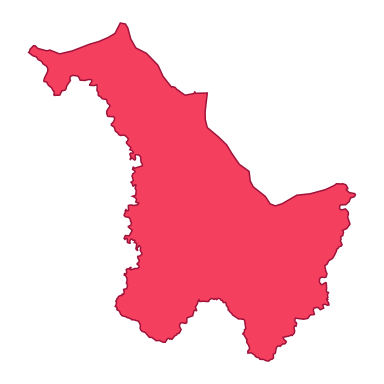 Kenieba, Kayes, Mali
{"feature_id": "8926073B58532098111230", "entity_name": "Kenieba", "entity_type": "district", "adm_level": 2, "iso_a3": "MLI", "parent_name": "Mali", "parent_adm1": "Kayes", "projection": "albers", "projection_center": [-11.114, 12.792], "detail": "fine", "context": "isolated", "style": "filled", "palette": "rose", "viewbox_px": 384, "rotation_deg": 0, "n_neighbors": 0, "source": "geoboundaries", "source_scale": "gbopen_adm2", "svg_char_len": 5989}
<svg xmlns="http://www.w3.org/2000/svg" viewBox="0 0 384 384"><path d="M120.3,23.0L115.0,33.4L108.1,37.5L98.6,41.6L89.6,44.2L72.0,51.0L59.6,53.9L49.7,50.0L47.9,50.7L46.2,50.7L38.5,48.6L37.4,48.1L35.2,45.8L33.5,45.7L30.2,49.1L29.3,51.8L28.6,52.4L32.6,55.6L36.5,57.0L38.2,59.6L41.6,61.4L43.0,63.8L46.4,66.1L47.1,67.1L47.9,69.0L47.6,71.6L44.4,78.3L43.8,80.7L44.0,81.5L46.6,82.1L48.4,85.3L51.6,87.8L53.1,90.7L54.3,91.8L53.9,94.8L54.3,95.4L59.8,95.1L61.9,90.8L65.0,90.2L66.0,89.0L66.7,85.9L70.4,80.6L69.9,78.3L70.5,76.3L73.1,75.4L77.6,76.0L78.8,77.2L80.2,80.2L84.9,80.5L88.4,79.5L91.5,79.7L91.9,81.2L89.6,84.8L89.7,85.3L94.0,85.6L96.9,84.8L97.2,87.3L96.9,89.9L97.3,91.3L98.4,92.5L98.1,94.9L98.5,95.7L100.2,96.4L102.3,98.8L106.4,99.5L107.6,103.3L109.9,105.3L110.0,106.0L107.0,110.5L106.7,111.8L106.7,113.2L107.5,116.0L108.4,116.5L113.7,116.7L114.6,118.2L114.3,120.2L113.2,122.2L111.4,124.0L111.3,125.3L114.2,127.1L115.4,131.2L117.7,132.9L119.0,134.8L120.7,135.5L122.5,135.1L125.1,135.5L128.3,138.6L127.7,140.7L126.4,142.0L126.6,143.3L129.6,146.5L130.7,147.1L130.8,147.9L129.8,149.7L132.3,150.7L133.3,152.3L132.9,153.2L130.7,153.0L130.0,153.6L129.9,154.6L131.0,156.9L130.1,159.2L130.4,159.5L131.2,158.5L132.3,158.2L134.4,160.0L135.2,159.8L135.6,158.6L135.0,155.7L135.7,154.7L138.2,154.8L140.0,156.0L140.7,157.1L141.0,161.9L142.4,164.1L142.3,165.8L134.3,168.3L133.7,167.2L133.1,167.2L132.6,169.5L135.0,170.8L135.1,171.4L134.4,172.8L132.9,173.7L132.0,176.1L133.4,180.6L131.0,182.2L132.2,183.5L132.8,185.9L133.6,186.1L135.1,184.6L136.0,185.2L135.1,188.5L136.2,190.3L135.7,195.2L132.5,196.3L134.5,197.1L135.9,198.3L136.6,199.7L135.7,201.9L136.2,202.5L138.7,203.0L137.8,204.7L134.0,205.5L131.5,205.0L128.9,205.2L128.3,205.7L128.5,210.3L127.0,210.9L126.0,209.6L125.3,210.5L125.3,212.5L124.2,214.5L124.2,215.6L125.6,216.9L128.6,217.2L130.5,219.6L130.5,221.3L131.4,222.4L131.0,224.8L130.5,225.4L128.3,226.4L128.3,227.0L132.2,230.3L129.4,235.5L129.0,235.8L125.4,235.5L124.1,238.4L124.8,239.4L126.1,238.5L127.2,238.8L127.4,242.5L129.6,243.3L130.1,243.1L129.8,240.9L130.9,239.2L132.0,239.1L132.8,240.1L134.9,240.4L134.3,242.6L135.9,242.9L136.7,244.0L135.9,248.9L137.2,250.4L137.6,250.2L137.1,248.2L137.4,247.5L138.0,247.3L138.6,245.9L139.4,245.7L140.7,247.4L140.2,250.2L141.6,252.8L141.9,254.3L139.9,255.9L137.7,256.4L137.9,258.2L139.2,260.1L138.9,262.1L137.1,263.6L137.2,264.4L138.7,265.3L139.1,266.7L138.8,267.4L137.4,268.5L134.9,268.5L131.0,269.8L130.3,269.3L131.0,267.5L130.3,267.4L128.9,268.8L127.1,268.9L126.2,269.6L126.7,272.3L126.3,273.8L125.6,274.3L124.9,273.5L124.5,273.6L124.2,275.0L125.6,275.7L126.8,277.9L127.1,280.0L126.4,283.3L127.5,284.6L127.2,287.3L126.5,288.7L123.6,289.4L124.2,292.5L123.6,294.2L122.3,294.1L122.0,295.5L120.6,295.4L118.4,296.6L117.8,298.2L117.0,298.5L117.1,299.5L115.8,301.1L116.5,302.6L116.1,304.8L115.2,306.3L117.0,307.7L116.9,309.7L119.4,311.1L120.7,314.3L122.2,315.8L126.1,316.8L127.3,317.7L128.0,317.6L131.1,319.0L131.9,319.9L133.0,319.6L138.5,321.2L140.4,325.1L140.1,328.3L140.7,329.9L142.2,331.4L145.3,332.5L149.3,337.3L152.0,337.5L156.1,340.7L159.5,340.5L162.9,342.2L165.2,342.3L167.4,338.8L168.7,338.2L169.7,339.2L170.6,338.7L171.5,339.3L172.2,339.1L174.7,335.9L176.7,334.9L177.3,333.6L178.9,333.4L179.9,332.1L181.1,329.5L179.8,327.2L179.5,325.4L180.3,323.4L181.4,322.7L185.8,323.4L186.8,322.5L186.8,318.7L187.4,317.7L192.7,315.8L193.9,310.8L194.8,310.2L196.4,310.7L196.6,310.1L195.4,307.2L197.3,303.9L198.3,300.3L199.0,299.8L199.2,301.1L200.1,301.6L202.5,301.2L208.0,301.6L208.7,301.3L209.3,299.9L211.4,298.5L214.5,299.4L215.5,298.6L216.8,299.6L217.8,298.5L218.9,298.4L220.4,299.1L221.0,300.2L222.4,300.4L222.7,301.8L223.4,302.3L223.9,302.7L225.4,302.3L225.9,302.8L226.4,305.4L228.3,308.1L228.1,309.8L228.8,310.0L229.5,311.5L232.2,314.0L232.3,314.8L238.8,319.1L240.0,318.6L241.6,319.3L243.4,319.2L244.6,320.3L245.8,328.9L244.5,329.6L244.3,332.4L243.3,332.9L242.8,334.0L244.1,335.0L246.2,338.7L247.2,339.5L246.7,340.6L246.8,342.5L248.6,345.2L249.6,348.2L249.5,348.9L247.8,351.1L247.9,353.1L251.3,352.8L255.1,355.4L255.2,356.3L256.9,357.4L258.7,357.6L259.9,359.2L261.6,359.5L262.9,359.2L266.6,360.9L268.9,361.0L270.4,359.6L272.5,359.0L273.5,357.9L273.3,354.4L275.4,353.0L276.0,349.0L277.0,346.6L278.7,345.8L280.1,346.4L282.6,343.9L284.7,343.9L285.6,343.1L286.3,341.8L286.0,341.1L284.5,340.1L283.4,338.5L283.2,337.3L289.5,335.9L291.4,335.0L292.2,335.5L294.3,333.0L294.7,331.0L293.9,327.5L294.7,325.9L296.0,326.2L296.6,323.9L296.4,322.6L295.3,322.2L295.0,321.6L294.9,319.5L295.5,318.2L303.7,319.2L307.8,318.4L309.6,315.8L310.9,314.8L314.0,314.6L314.4,314.2L313.3,310.3L313.7,308.3L317.2,307.3L318.7,308.0L320.3,309.7L323.7,308.1L322.7,305.3L323.2,304.6L325.2,304.3L327.6,305.3L329.0,304.9L328.8,303.4L326.8,299.9L326.8,299.5L327.5,299.3L326.9,298.8L327.9,297.6L327.4,294.8L328.5,292.5L326.8,291.9L326.3,291.0L326.6,288.5L326.3,283.0L325.4,282.6L322.0,284.7L321.2,284.5L319.4,282.2L319.5,279.5L320.2,277.9L321.7,277.2L324.7,277.5L326.1,276.9L327.0,273.8L325.8,270.9L324.8,265.7L327.2,264.0L328.6,260.9L332.5,258.4L334.5,255.2L336.5,250.9L336.6,249.3L338.1,248.4L338.9,246.9L341.3,246.0L342.1,244.7L340.4,240.9L341.1,239.3L340.6,237.0L342.8,235.5L343.5,232.2L342.6,230.4L346.7,228.6L350.0,224.1L347.6,217.0L348.5,213.9L348.0,211.7L345.4,208.9L342.5,209.7L340.6,209.7L339.6,208.6L339.8,205.6L341.4,204.8L345.7,204.7L349.1,201.7L350.5,198.0L354.4,196.7L355.4,194.9L354.7,193.6L349.4,192.6L346.5,190.1L346.3,189.3L347.8,188.7L347.5,187.4L345.7,184.7L342.4,183.6L341.9,184.0L336.5,183.7L334.2,185.5L325.2,189.7L310.0,193.8L296.8,195.2L282.2,203.7L275.4,205.9L270.1,203.9L265.3,196.4L253.2,186.8L250.2,181.0L249.1,171.4L239.4,164.4L232.1,153.9L226.7,144.9L218.3,136.8L207.3,127.6L205.3,119.7L205.1,111.8L207.3,93.0L195.8,93.3L194.8,92.0L193.8,93.6L185.1,95.2L179.7,91.5L178.5,90.3L177.3,90.0L175.1,87.4L172.3,86.6L171.4,87.0L163.0,76.3L158.0,65.3L146.4,53.3L135.8,47.9L130.7,38.8L127.8,27.9L125.4,24.0L120.3,23.0Z" fill="#f43f5e" stroke="#9f1239" stroke-width="1.5"/></svg>